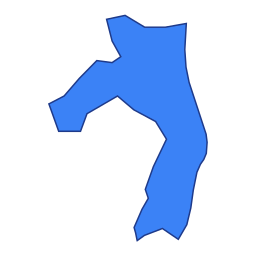 the Municipality of Zilupes
{"feature_id": "LVA-5746", "entity_name": "Zilupes", "entity_type": "Municipality", "adm_level": 1, "iso_a3": "LVA", "parent_name": "Latvia", "parent_adm1": "", "projection": "mercator", "projection_center": [28.074, 56.289], "detail": "fine", "context": "isolated", "style": "filled", "palette": "blue", "viewbox_px": 256, "rotation_deg": 0, "n_neighbors": 0, "source": "natural_earth", "source_scale": "10m", "svg_char_len": 625}
<svg xmlns="http://www.w3.org/2000/svg" viewBox="0 0 256 256"><path d="M186.3,23.5L184.8,49.6L186.0,67.1L189.1,82.4L206.1,134.2L207.1,142.3L206.3,153.4L203.8,159.4L200.4,164.3L196.9,172.3L193.3,190.1L190.8,208.0L186.8,224.7L178.3,239.3L162.4,228.5L144.4,235.4L137.2,240.6L137.1,240.3L135.6,232.9L134.1,227.5L142.0,209.3L148.3,198.3L145.3,189.4L153.4,166.6L166.5,139.2L155.6,121.5L133.8,109.8L117.5,96.0L87.0,113.7L80.5,131.3L58.7,131.3L48.9,103.9L64.1,96.0L79.4,78.3L96.8,60.6L112.1,62.6L120.8,56.7L112.1,41.0L106.6,19.3L125.1,15.4L144.7,27.2L165.4,27.2L186.3,23.5Z" fill="#3b82f6" stroke="#1e3a8a" stroke-width="1.5"/></svg>